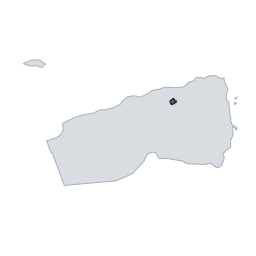 location of Jayshan, Abyan, Yemen, rotated 184°
{"feature_id": "15242507B52959296866890", "entity_name": "Jayshan", "entity_type": "district", "adm_level": 2, "iso_a3": "YEM", "parent_name": "Yemen", "parent_adm1": "Abyan", "projection": "albers", "projection_center": [46.198, 14.169], "detail": "fine", "context": "in_parent", "style": "filled", "palette": "slate", "viewbox_px": 256, "rotation_deg": 184, "n_neighbors": 0, "source": "geoboundaries", "source_scale": "gbopen_adm2", "svg_char_len": 3646}
<svg xmlns="http://www.w3.org/2000/svg" viewBox="0 0 256 256"><g transform="rotate(184 128 128)"><path d="M208.4,109.4L199.4,113.0L197.1,114.5L195.0,116.4L193.4,118.7L192.4,122.7L193.4,126.4L193.3,128.3L191.0,129.7L188.9,130.7L186.5,132.2L185.0,132.6L183.8,133.7L182.4,134.5L177.4,136.7L171.9,138.4L163.1,140.5L159.8,142.7L156.7,144.1L152.0,144.6L145.6,146.7L142.0,148.3L137.6,151.0L136.6,151.8L135.9,153.7L134.5,155.3L131.8,158.1L129.8,159.5L128.5,159.5L125.9,160.3L122.8,160.5L117.6,159.6L116.2,160.3L115.1,161.3L111.1,163.2L107.0,166.9L104.1,167.9L99.2,169.0L95.8,170.6L93.6,171.2L90.6,171.5L85.2,171.4L80.1,171.9L75.3,173.0L73.0,174.9L70.5,178.0L66.3,179.3L65.3,180.4L64.0,182.7L61.3,183.2L58.8,183.6L56.3,182.6L51.6,185.3L49.8,185.8L47.1,185.9L45.2,186.4L43.8,186.2L42.1,185.1L38.4,183.8L35.7,184.6L35.5,182.0L31.2,174.0L32.2,167.0L32.2,166.0L31.4,162.9L28.8,160.0L28.9,156.4L28.1,153.9L27.4,151.2L27.7,150.5L27.7,149.9L26.4,145.8L26.0,145.0L25.8,144.1L26.3,143.5L26.3,142.7L25.6,141.4L24.9,139.0L21.3,137.1L22.1,135.4L22.8,136.0L23.7,136.6L23.9,135.4L23.9,134.6L22.5,129.3L24.8,122.3L24.2,115.9L27.6,113.4L28.4,112.6L28.9,112.0L29.7,110.5L30.8,110.1L31.2,108.6L31.2,107.8L30.5,107.1L30.0,105.4L30.2,103.1L30.4,102.2L30.8,100.5L32.0,99.8L32.2,99.3L31.4,98.2L31.5,97.6L33.5,95.8L34.2,95.3L35.5,94.7L36.5,94.7L37.7,95.1L38.7,95.6L39.7,96.5L40.8,97.6L42.4,98.0L43.5,97.9L44.4,98.4L45.2,98.2L46.0,97.6L47.4,97.7L48.7,97.1L52.2,96.8L55.6,97.0L59.2,96.5L62.8,96.6L66.4,96.6L67.2,96.7L68.0,97.0L71.0,98.7L73.3,99.0L77.9,99.5L82.8,99.9L87.1,100.3L90.7,100.0L93.7,99.6L94.6,99.7L95.5,100.7L97.3,103.2L99.0,105.5L102.0,105.6L103.9,104.7L106.0,103.5L107.3,102.5L108.8,98.7L109.7,96.2L111.9,93.4L113.8,91.1L116.2,88.0L117.6,86.3L120.2,82.9L122.7,81.6L127.6,79.0L132.4,76.5L135.6,74.9L138.2,74.1L142.7,73.4L148.0,72.6L153.2,71.8L158.8,70.9L165.1,69.9L169.3,69.2L174.8,68.3L179.3,67.6L183.3,66.9L187.5,66.2L188.3,68.0L189.1,69.9L190.0,71.7L190.8,73.6L191.6,75.4L192.5,77.2L193.3,79.1L194.1,80.9L195.0,82.8L195.8,84.6L196.6,86.4L197.5,88.3L198.3,90.1L199.2,91.9L200.0,93.8L200.8,95.6L201.7,97.4L203.0,98.0L203.8,99.7L204.9,102.1L206.1,104.5L207.2,107.0L208.4,109.4ZM222.9,183.8L224.0,184.0L225.7,183.3L230.6,183.1L236.6,184.9L235.5,185.5L234.9,186.3L232.3,187.1L229.8,188.8L222.3,189.8L220.1,189.4L218.2,187.9L214.8,186.0L216.1,184.7L216.4,184.1L216.9,183.5L218.7,182.5L220.6,182.6L222.9,183.8ZM23.3,160.7L23.1,161.1L22.8,161.0L21.6,160.0L22.9,158.9L23.5,159.9L23.3,160.7ZM20.1,135.8L19.6,136.2L19.4,135.5L19.8,133.8L20.4,133.4L20.8,134.6L20.5,135.3L20.1,135.8ZM22.7,165.7L21.5,166.2L22.3,164.8L23.2,164.5L23.4,164.5L22.7,165.7Z" fill="#d9dde1" stroke="#a8b0b8" stroke-width="1"/><path d="M86.6,159.1L86.9,158.7L87.0,158.6L87.2,158.4L87.3,158.3L87.4,158.2L87.5,158.1L87.7,157.9L87.8,157.7L87.8,157.4L87.8,157.2L87.7,156.9L87.6,156.7L87.4,156.4L87.3,156.2L87.2,156.2L87.1,155.9L87.0,155.7L86.9,155.7L86.8,155.4L86.7,155.3L86.7,155.2L86.6,154.9L86.5,154.7L86.4,154.6L86.2,154.5L85.9,154.6L85.7,154.7L85.7,154.8L85.4,155.0L85.2,155.1L85.1,155.3L84.9,155.4L84.8,155.5L84.7,155.6L84.4,155.5L84.4,155.4L84.2,155.4L83.9,155.4L83.7,155.5L83.6,155.8L83.6,156.0L83.4,156.1L83.3,156.3L83.2,156.3L83.0,156.5L82.9,156.5L82.7,156.6L82.4,156.8L82.2,156.8L82.1,157.0L81.8,157.5L81.8,157.8L81.7,157.8L81.7,158.1L81.8,158.1L82.0,158.1L82.3,158.2L82.5,158.2L82.7,158.3L82.8,158.3L83.0,158.3L83.3,158.4L83.5,158.5L83.9,159.1L83.9,159.7L83.9,159.8L84.3,160.4L84.5,160.4L84.8,160.3L85.0,160.3L85.1,160.2L85.3,160.1L85.5,159.9L85.7,159.7L85.8,159.7L86.0,159.5L86.1,159.4L86.3,159.3L86.3,159.2L86.5,159.1L86.6,159.1Z" fill="#64748b" stroke="#1e293b" stroke-width="1.5"/></g></svg>